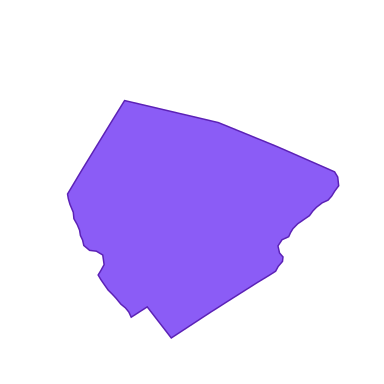 outline of Olivença, Alagoas, Brazil, rotated 143°
{"feature_id": "56859067B23414783060869", "entity_name": "Olivença", "entity_type": "district", "adm_level": 2, "iso_a3": "BRA", "parent_name": "Brazil", "parent_adm1": "Alagoas", "projection": "natural_earth1", "projection_center": [-37.17, -9.497], "detail": "fine", "context": "isolated", "style": "filled", "palette": "violet", "viewbox_px": 384, "rotation_deg": 143, "n_neighbors": 0, "source": "geoboundaries", "source_scale": "gbopen_adm2", "svg_char_len": 892}
<svg xmlns="http://www.w3.org/2000/svg" viewBox="0 0 384 384"><g transform="rotate(143 192 192)"><path d="M66.0,122.3L96.7,177.0L129.2,231.6L190.8,305.6L203.9,300.5L212.9,297.0L231.7,289.6L267.0,275.7L292.6,265.3L294.8,261.1L296.9,255.6L299.0,247.3L302.4,241.7L303.3,234.9L304.8,229.1L307.3,224.4L308.3,219.5L310.6,214.4L308.9,207.0L304.0,202.3L301.2,195.4L305.9,186.9L312.1,184.1L316.9,182.2L317.5,177.0L317.8,170.1L318.0,164.0L317.2,158.7L316.6,152.9L316.3,145.2L314.9,139.5L314.7,134.1L315.9,128.6L296.9,127.2L296.4,87.9L249.2,84.8L239.5,84.0L231.4,83.4L194.4,80.4L180.4,79.0L172.9,78.4L167.9,80.7L161.5,82.1L158.4,85.4L158.8,90.6L155.8,97.2L148.8,99.7L141.7,98.1L137.7,100.3L133.4,102.0L126.7,103.0L118.7,102.7L112.5,102.4L106.9,104.1L101.9,104.9L94.5,105.0L88.2,103.6L82.9,104.7L77.5,106.8L71.1,108.7L66.6,116.3L66.0,122.3Z" fill="#8b5cf6" stroke="#5b21b6" stroke-width="1.5"/></g></svg>